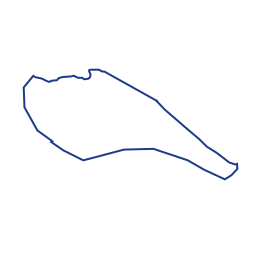 outline of Riche Fond/La Belle Vie, Dennery, Saint Lucia, rotated 340°
{"feature_id": "8701671B59677117664850", "entity_name": "Riche Fond/La Belle Vie", "entity_type": "district", "adm_level": 2, "iso_a3": "LCA", "parent_name": "Saint Lucia", "parent_adm1": "Dennery", "projection": "equal_earth", "projection_center": [-60.929, 13.937], "detail": "fine", "context": "isolated", "style": "outline", "palette": "blue", "viewbox_px": 256, "rotation_deg": 340, "n_neighbors": 0, "source": "geoboundaries", "source_scale": "gbopen_adm2", "svg_char_len": 1405}
<svg xmlns="http://www.w3.org/2000/svg" viewBox="0 0 256 256"><g transform="rotate(340 128 128)"><path d="M164.4,112.4L127.7,69.9L125.3,67.1L124.8,66.8L124.4,66.6L124.2,66.6L123.7,66.4L123.5,66.2L122.8,65.9L122.4,65.4L122.1,65.0L121.3,64.0L120.9,63.7L120.7,63.5L120.0,63.0L119.1,62.7L118.6,62.5L117.4,62.0L116.8,62.0L116.1,61.8L115.4,61.4L114.4,61.0L112.6,60.4L112.2,60.3L111.8,60.2L111.3,60.4L111.1,60.8L110.9,61.2L110.9,62.2L111.0,63.1L111.0,63.4L111.1,64.5L110.9,65.4L110.4,66.1L110.1,66.8L109.7,67.1L109.5,67.3L108.4,67.9L107.9,68.0L107.7,68.0L107.2,68.0L106.6,67.9L105.1,67.7L104.3,67.3L103.5,67.2L102.8,66.2L102.0,65.2L101.4,64.9L100.5,64.6L98.5,63.8L97.6,63.2L96.5,62.0L95.8,61.2L94.6,60.3L93.8,60.2L92.2,60.1L90.5,59.6L85.9,58.3L84.8,57.9L80.1,57.4L78.1,58.6L77.7,58.7L77.3,58.7L72.5,57.5L72.1,57.5L70.9,57.6L70.5,57.7L69.8,57.7L69.1,57.3L67.4,55.7L66.0,54.5L65.3,53.4L63.9,52.1L63.0,51.5L62.7,51.3L62.5,51.1L61.4,50.5L60.4,49.9L58.9,48.9L58.1,48.2L57.2,47.3L56.8,46.6L49.5,50.9L43.8,54.3L43.6,55.0L37.8,73.1L42.0,99.3L52.4,114.6L51.1,115.0L59.6,126.9L73.2,141.3L75.0,143.1L111.0,146.4L116.8,146.9L144.8,156.3L173.1,178.8L185.2,193.2L201.5,209.4L209.4,207.6L216.8,203.8L218.2,199.0L216.5,199.0L214.8,197.7L211.3,195.0L203.1,182.0L201.0,179.3L195.7,172.5L191.2,163.0L187.2,156.0L182.3,147.4L168.9,123.4L164.9,114.2L164.2,112.6L164.4,112.4Z" fill="none" stroke="#1e3a8a" stroke-width="2"/></g></svg>